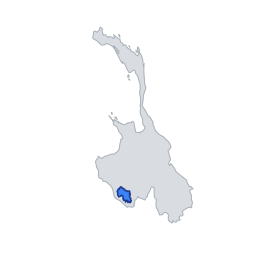 Sakon Nakhon on a map of Thailand (Equal Earth projection), rotated 162°
{"feature_id": "THA-447", "entity_name": "Sakon Nakhon", "entity_type": "Province", "adm_level": 1, "iso_a3": "THA", "parent_name": "Thailand", "parent_adm1": "", "projection": "equal_earth", "projection_center": [103.778, 17.422], "detail": "fine", "context": "in_parent", "style": "filled", "palette": "blue", "viewbox_px": 256, "rotation_deg": 162, "n_neighbors": 0, "source": "natural_earth", "source_scale": "10m", "svg_char_len": 6302}
<svg xmlns="http://www.w3.org/2000/svg" viewBox="0 0 256 256"><g transform="rotate(162 128 128)"><path d="M113.7,25.0L113.9,26.0L114.7,24.7L115.8,24.1L117.8,27.0L118.1,28.2L116.5,32.8L116.7,34.4L117.7,35.6L118.9,36.4L120.1,36.2L122.4,34.8L124.9,35.7L124.8,38.8L125.7,43.6L124.4,48.6L123.1,51.1L124.1,53.3L124.1,55.3L121.6,63.1L122.1,63.7L123.7,64.6L124.3,64.3L126.9,61.2L129.8,58.8L130.7,56.8L132.5,56.1L134.1,54.3L137.8,57.5L138.8,57.8L139.2,58.3L139.4,59.6L139.9,59.8L141.4,58.0L144.0,56.9L145.0,54.2L146.2,53.4L146.0,52.1L146.4,51.6L148.5,51.4L151.7,52.9L152.8,53.2L153.3,52.8L158.3,61.5L161.5,64.8L162.3,67.1L161.6,72.9L161.7,76.2L162.4,78.8L163.7,80.5L164.8,83.0L168.5,85.5L168.2,86.1L168.5,87.7L170.8,89.5L171.0,90.1L170.7,92.5L169.7,94.3L169.4,95.8L169.4,97.6L170.0,100.3L169.3,106.0L167.9,107.6L166.1,108.7L165.1,110.3L164.4,109.9L164.0,108.3L162.0,107.4L158.2,108.3L156.2,107.9L153.6,108.4L151.1,108.2L149.6,107.5L145.4,108.8L143.7,109.9L142.4,111.5L140.5,115.7L138.6,118.3L138.6,119.3L136.2,120.0L136.3,123.5L137.7,127.4L138.1,132.3L140.7,135.7L140.2,138.1L140.5,140.5L142.6,145.9L141.1,143.4L140.8,141.6L139.0,138.9L138.5,140.2L136.4,138.2L135.5,136.2L135.2,137.1L133.2,134.2L131.1,132.7L129.9,132.0L127.0,133.0L123.2,132.2L121.8,133.0L121.2,132.5L120.8,131.6L121.9,121.5L118.7,120.2L118.1,119.6L117.4,120.3L114.3,120.8L112.0,122.6L111.7,124.2L112.7,127.0L111.4,132.0L111.8,136.7L111.6,139.4L110.0,142.7L109.6,145.3L107.7,149.4L106.5,154.5L106.2,157.5L104.1,162.1L103.5,164.7L102.8,165.6L103.1,167.7L102.7,174.0L104.0,178.5L103.6,180.6L105.1,181.4L108.6,180.0L109.8,180.3L110.5,182.8L111.4,190.3L112.9,192.6L113.2,191.4L113.9,192.6L114.4,194.9L116.2,206.7L117.2,209.7L116.1,209.0L115.5,205.2L114.5,205.1L114.8,202.7L114.2,201.9L113.1,202.6L113.2,204.4L115.9,210.3L117.6,210.5L119.8,213.0L122.2,215.0L125.2,214.3L127.3,214.9L128.5,216.5L130.5,220.5L133.7,223.8L133.2,225.9L131.9,227.6L131.3,229.8L130.4,230.4L129.2,230.4L127.9,228.6L124.7,230.3L124.0,232.0L123.2,232.5L121.8,230.5L121.9,229.5L122.8,227.9L122.6,223.8L120.7,223.8L119.4,220.7L119.0,220.4L118.1,220.9L115.1,219.4L114.2,217.5L113.3,217.7L112.7,220.9L110.0,216.5L108.2,214.7L108.5,211.5L107.2,210.8L106.7,209.8L107.2,207.9L105.4,208.2L104.6,207.7L103.6,204.1L102.8,202.7L101.7,202.7L101.3,202.0L101.4,200.3L98.6,197.8L97.7,195.0L96.4,193.8L95.6,194.2L94.7,196.1L94.1,196.0L93.5,195.5L92.8,192.7L92.9,187.7L93.8,184.9L94.3,180.3L95.6,176.4L98.4,165.2L98.5,160.8L103.1,154.5L106.2,147.3L107.2,146.2L107.6,144.9L106.1,139.1L105.4,135.1L105.5,134.0L103.5,131.3L103.1,128.2L102.6,127.2L102.4,126.1L103.1,124.3L102.8,117.5L100.7,112.8L96.9,108.4L93.5,102.0L93.1,99.7L93.0,96.5L95.8,94.3L96.9,94.2L97.3,84.6L99.7,82.8L100.2,82.0L100.4,80.4L99.9,79.4L98.4,81.0L98.1,80.7L96.2,75.0L95.8,71.6L88.3,60.1L88.7,58.2L87.7,53.2L86.5,53.1L85.8,52.3L85.0,50.0L86.5,50.3L88.9,49.1L88.5,44.3L89.6,41.5L89.8,36.9L91.6,34.2L91.9,32.9L92.9,32.7L94.2,33.7L95.5,33.7L101.2,32.6L102.0,31.3L102.3,28.8L102.9,28.0L104.2,27.8L105.6,28.3L107.1,27.3L106.9,24.4L109.6,24.9L111.4,23.5L113.7,25.0ZM94.9,197.5L94.5,201.1L93.4,201.9L93.0,199.7L93.7,196.3L94.0,197.1L94.9,197.5ZM112.3,176.1L112.1,177.9L111.1,178.4L110.9,176.5L112.3,176.1ZM136.1,139.8L137.3,142.3L136.0,142.0L135.7,139.6L136.1,139.8ZM107.8,219.8L107.2,218.7L107.7,217.1L108.2,219.1L107.8,219.8ZM96.7,197.9L96.4,199.9L95.9,197.1L96.7,197.9ZM112.3,174.5L111.8,174.3L111.4,173.1L112.0,173.2L112.3,174.5ZM101.3,203.9L101.9,206.2L101.2,205.1L101.3,203.9ZM139.2,146.4L139.0,147.8L138.4,147.2L138.8,146.1L139.2,146.4ZM93.7,183.3L93.0,183.8L93.5,182.4L93.7,183.3Z" fill="#d9dde1" stroke="#a8b0b8" stroke-width="1"/><path d="M147.8,57.5L148.0,57.4L148.3,57.2L148.4,56.9L148.4,56.7L148.5,56.5L148.7,56.4L148.8,56.4L149.0,56.4L149.3,56.5L149.5,56.7L149.7,57.0L149.8,57.1L150.0,57.1L149.9,57.3L149.9,57.6L150.0,57.8L150.3,57.8L150.3,58.0L150.5,58.0L150.8,58.2L150.9,58.3L151.0,58.4L151.0,58.5L151.2,58.3L151.2,58.2L151.3,58.1L151.3,58.3L151.5,58.4L151.5,58.5L151.5,58.8L151.4,58.9L151.3,59.0L151.6,59.4L151.7,59.5L151.8,59.5L151.8,59.4L151.7,59.3L151.7,59.2L151.8,59.1L152.0,59.2L152.3,59.0L152.4,59.3L152.5,59.3L152.5,59.2L152.8,59.0L152.7,59.3L152.8,59.5L152.9,59.4L153.0,59.4L153.0,59.5L153.0,59.8L153.0,60.0L153.2,60.3L153.4,60.4L153.5,60.5L153.6,60.4L153.8,60.3L153.8,60.1L154.0,60.3L154.0,60.5L154.3,60.8L154.4,61.0L154.5,61.0L154.5,61.3L154.6,61.5L154.6,61.8L154.5,62.2L154.4,62.2L154.4,62.3L154.2,62.3L154.2,62.7L154.2,62.8L154.3,62.9L154.3,63.0L154.2,63.3L154.2,63.5L154.2,63.8L154.2,64.0L153.9,64.5L154.3,65.5L154.4,65.8L154.6,65.9L154.7,66.0L154.8,66.0L154.8,65.9L154.8,65.7L155.0,65.8L155.3,65.9L155.3,65.7L155.5,65.5L155.8,65.5L156.0,65.5L156.3,65.5L156.6,65.5L156.7,65.4L156.8,65.4L157.0,65.4L157.5,65.4L158.1,65.4L158.1,65.5L158.1,66.0L158.2,66.3L158.3,66.5L158.3,66.8L158.3,67.0L158.3,67.4L158.4,67.5L158.4,67.8L158.4,68.0L158.2,68.3L158.0,68.8L158.0,69.2L158.0,69.4L158.0,69.5L157.8,69.8L157.7,69.9L157.6,70.0L157.6,70.3L157.6,70.5L157.9,70.7L157.9,70.8L157.9,71.0L157.2,71.6L157.1,72.0L156.9,72.2L156.8,72.3L156.7,72.3L156.3,72.7L155.9,72.9L155.7,72.9L155.3,72.7L155.3,72.8L155.2,72.8L155.1,73.2L155.1,73.3L154.9,73.5L154.6,73.6L154.4,73.5L154.2,73.4L153.9,73.5L153.7,73.6L153.6,73.8L153.4,73.8L153.4,74.0L153.3,74.3L153.2,74.3L153.1,74.2L152.9,74.1L152.8,73.9L152.5,73.7L152.2,73.5L152.2,73.4L152.1,73.2L151.7,72.8L151.6,72.7L151.5,72.3L151.5,72.2L151.6,71.9L151.2,71.6L150.9,71.3L150.8,71.1L150.7,71.0L150.5,70.9L150.3,71.0L150.2,71.0L150.1,70.9L150.2,70.7L150.2,70.0L150.2,69.9L150.1,69.7L149.9,69.6L149.8,69.3L149.7,69.2L149.4,69.0L149.2,69.0L149.2,68.9L148.9,68.6L148.5,68.3L148.4,68.2L148.2,68.0L148.0,68.3L147.9,68.3L147.8,68.2L147.7,68.2L146.9,67.8L146.7,67.7L146.3,67.6L146.2,67.6L146.2,67.4L146.0,67.1L146.0,66.9L146.1,66.7L146.2,66.3L146.3,66.2L146.4,65.9L146.5,65.8L146.4,65.8L146.3,65.5L146.2,65.3L146.2,65.2L146.3,64.9L146.3,64.5L146.4,64.4L146.4,64.2L146.6,64.1L146.7,63.7L146.8,63.5L146.8,63.3L146.9,63.2L147.0,63.1L147.3,63.1L147.4,62.9L147.5,62.9L147.5,62.6L147.5,62.3L147.5,62.0L147.5,61.7L147.6,61.3L147.6,61.1L147.6,60.9L147.4,60.7L147.3,60.4L147.2,60.3L147.3,60.2L147.3,59.9L147.4,59.7L147.5,59.6L147.5,59.4L147.6,59.1L147.6,58.8L147.6,58.6L147.5,58.4L147.6,58.2L147.5,57.9L147.4,57.7L147.5,57.5L147.8,57.5Z" fill="#3b82f6" stroke="#1e3a8a" stroke-width="1.5"/></g></svg>